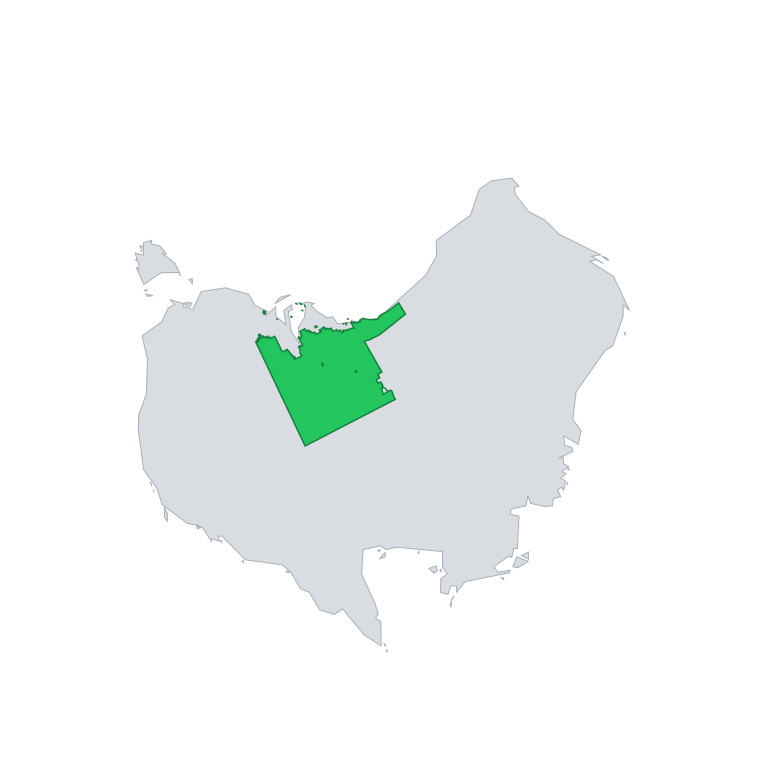 Unincorporated SA, South Australia, Australia (highlighted), rotated 152°
{"feature_id": "25037944B19571193858150", "entity_name": "Unincorporated SA", "entity_type": "district", "adm_level": 2, "iso_a3": "AUS", "parent_name": "Australia", "parent_adm1": "South Australia", "projection": "orthographic", "projection_center": [135.729, -30.866], "detail": "fine", "context": "in_parent", "style": "filled", "palette": "green", "viewbox_px": 768, "rotation_deg": 152, "n_neighbors": 0, "source": "geoboundaries", "source_scale": "gbopen_adm2", "svg_char_len": 9391}
<svg xmlns="http://www.w3.org/2000/svg" viewBox="0 0 768 768"><g transform="rotate(152 384 384)"><path d="M519.2,171.6L526.1,204.8L536.0,203.9L546.8,214.7L547.7,235.0L554.0,242.7L554.5,261.8L558.6,272.0L588.8,293.8L598.4,325.6L601.7,327.6L602.8,322.3L609.0,328.7L610.3,326.1L611.5,341.9L615.0,347.1L623.0,353.1L636.4,381.7L633.4,399.0L636.5,421.0L622.5,458.8L614.8,472.2L598.7,486.4L581.4,516.6L574.9,540.1L551.4,543.1L538.8,552.3L531.7,552.5L533.0,558.6L522.9,548.9L524.7,547.1L524.2,544.9L522.2,544.6L518.1,548.0L515.7,545.5L520.5,542.4L518.2,539.4L501.9,551.4L478.9,543.4L461.2,526.7L461.1,514.2L452.7,502.7L456.4,503.2L456.5,499.8L443.5,502.9L447.6,494.6L442.9,482.2L437.9,496.0L428.4,497.3L430.0,492.7L434.5,492.7L441.2,473.7L439.7,459.3L432.9,474.3L423.3,479.9L416.8,488.9L417.7,493.5L414.0,492.9L407.8,487.9L411.6,487.8L408.8,478.9L402.8,468.9L397.8,467.6L396.8,458.8L358.9,444.7L296.5,460.3L277.6,472.4L270.5,486.2L228.4,492.5L208.4,511.2L193.3,512.9L174.5,505.7L172.2,495.3L176.7,496.3L179.1,489.3L175.3,468.1L165.2,453.5L159.1,434.0L132.1,396.3L140.6,399.2L133.8,387.5L138.4,394.2L144.6,395.3L130.8,371.2L132.8,333.9L135.4,342.0L141.2,331.4L164.2,310.3L173.2,309.7L218.0,287.0L234.0,263.9L231.9,250.5L240.8,239.7L249.7,253.8L253.3,245.0L247.8,239.6L249.1,235.8L265.0,236.6L260.0,235.6L262.9,229.4L259.8,224.5L268.2,222.9L265.0,219.3L272.0,218.1L269.3,212.7L275.2,205.9L275.8,209.6L280.7,208.7L280.8,201.5L288.0,203.4L292.4,197.4L300.2,200.7L310.7,209.9L309.2,218.0L315.9,209.8L330.7,214.0L333.5,209.6L326.8,203.9L343.5,176.2L346.9,177.8L352.7,170.9L354.8,173.6L372.6,170.9L372.0,164.5L360.0,160.2L361.9,158.5L405.1,171.4L417.6,166.3L414.6,171.6L419.9,174.5L426.3,168.2L432.0,173.5L425.1,185.4L417.7,186.5L418.0,195.1L411.1,208.7L449.5,234.0L459.9,236.8L463.1,242.9L480.2,247.6L493.1,226.6L494.8,195.3L497.1,183.7L501.5,181.2L498.3,175.7L509.5,154.1L519.2,171.6ZM512.3,578.5L528.6,586.9L549.3,584.7L547.9,603.9L547.0,600.3L544.5,604.1L542.2,616.5L535.9,610.7L530.0,621.7L521.6,619.9L523.7,616.9L516.9,610.8L515.1,600.8L518.2,602.8L511.8,588.6L512.3,578.5ZM339.8,159.6L352.2,159.0L356.0,162.2L347.9,169.1L339.8,159.6ZM424.3,506.6L442.7,506.3L434.8,509.3L424.3,506.6ZM428.6,193.4L431.1,200.1L423.3,198.9L424.6,194.2L428.6,193.4ZM635.7,378.5L636.2,370.6L639.8,364.4L640.3,369.3L635.7,378.5ZM546.5,570.3L552.0,572.6L551.8,575.2L546.5,570.3ZM338.6,161.6L343.1,167.9L335.2,167.8L338.6,161.6ZM507.1,567.9L503.9,566.9L506.1,562.5L507.1,567.9ZM469.5,231.7L465.8,233.6L462.0,234.6L463.9,230.9L469.5,231.7ZM131.7,394.5L128.5,391.3L127.7,387.8L128.1,387.5L131.7,394.5ZM550.2,577.7L552.1,579.7L548.1,577.8L550.2,577.7ZM613.9,343.3L616.5,343.6L616.1,347.1L613.9,343.3ZM555.4,261.5L558.6,263.9L557.9,265.0L555.4,261.5ZM534.8,617.5L534.6,620.6L532.7,619.4L534.8,617.5ZM636.9,402.6L636.5,407.0L636.2,406.9L636.9,402.6ZM371.3,158.1L369.2,156.3L370.6,155.4L371.3,158.1ZM429.2,157.9L426.1,161.1L429.7,155.4L429.2,157.9ZM638.0,397.5L636.6,398.7L637.6,397.3L638.0,397.5ZM433.4,219.1L431.7,219.7L432.6,218.1L433.4,219.1ZM422.5,193.2L420.4,193.5L421.7,191.4L422.5,193.2ZM148.1,313.5L147.9,316.4L147.0,316.3L148.1,313.5ZM506.0,152.3L505.8,154.6L505.0,152.9L506.0,152.3ZM522.1,545.8L522.4,547.3L521.8,546.8L522.1,545.8ZM425.3,162.1L421.2,164.3L425.5,161.5L425.3,162.1ZM269.4,209.4L268.0,211.2L268.9,209.2L269.4,209.4ZM536.3,615.4L535.1,615.9L535.9,614.8L536.3,615.4ZM467.6,239.7L465.3,239.6L466.5,238.3L467.6,239.7ZM262.0,222.3L260.9,223.4L260.7,221.2L262.0,222.3ZM545.2,609.7L543.6,610.4L544.3,608.8L545.2,609.7ZM507.5,146.3L507.2,147.8L506.0,147.0L507.5,146.3ZM521.0,547.7L522.4,549.2L519.9,548.6L521.0,547.7ZM592.5,294.1L591.1,294.0L591.8,292.3L592.5,294.1ZM601.7,321.9L600.9,321.8L601.6,320.4L601.7,321.9ZM513.3,576.2L512.8,577.3L512.5,575.8L513.3,576.2Z" fill="#d9dde1" stroke="#a8b0b8" stroke-width="1"/><path d="M477.5,481.3L482.8,366.3L381.2,365.2L381.2,370.2L381.0,370.3L380.6,372.1L380.5,374.2L381.2,375.5L384.6,375.4L384.2,376.7L384.4,377.2L384.7,378.2L384.8,379.4L385.7,380.4L386.4,381.5L386.4,383.3L385.8,383.3L385.9,387.4L388.8,387.4L388.9,391.4L384.9,391.5L384.9,395.4L380.3,395.5L381.3,430.7L380.6,430.6L379.3,430.8L378.8,430.5L377.7,430.4L377.0,430.0L374.7,429.7L373.2,429.7L371.9,430.0L371.0,430.0L370.0,429.6L369.7,429.7L368.7,429.6L368.4,429.7L366.9,429.4L366.3,429.6L364.2,429.7L349.4,432.4L349.1,432.3L349.1,432.5L332.2,435.6L333.0,448.8L333.6,448.6L339.3,447.5L343.1,447.1L344.0,446.8L346.5,446.6L346.8,446.4L348.3,446.3L351.0,446.5L351.9,446.3L354.0,446.5L354.8,446.5L357.5,445.4L357.8,445.1L358.1,444.7L358.7,444.3L358.9,444.3L360.1,444.6L362.6,445.7L366.5,447.6L370.4,450.4L370.9,450.7L371.4,451.5L371.6,451.6L371.7,451.8L372.9,451.9L373.0,451.8L373.6,451.8L373.7,451.6L374.2,451.6L374.3,451.4L374.6,451.4L375.3,451.8L375.4,451.7L375.2,451.5L374.9,451.5L374.9,451.3L375.0,450.9L375.4,450.6L376.5,450.4L377.5,450.6L377.9,450.6L378.5,450.7L379.6,451.0L380.6,451.8L381.3,452.2L381.5,452.4L381.5,452.7L381.8,452.4L382.8,453.0L383.5,453.7L383.3,454.2L383.6,454.0L383.5,453.8L383.7,453.6L384.4,453.8L384.2,447.6L384.5,447.8L385.1,448.0L387.2,448.4L389.1,448.3L389.1,448.8L389.9,448.8L389.9,449.0L392.0,448.8L392.0,449.3L392.5,449.3L394.8,450.6L395.0,450.4L395.3,450.6L395.3,449.0L397.4,449.0L397.4,452.2L400.1,452.1L400.1,454.2L404.2,454.2L404.3,454.2L404.4,458.2L407.2,458.2L407.4,459.0L407.7,459.0L407.7,459.7L409.8,459.7L409.8,461.8L410.5,461.8L410.5,462.5L410.8,462.4L411.0,462.5L411.9,462.4L411.9,461.8L414.7,461.8L414.7,462.0L415.0,462.0L415.6,462.2L415.7,460.9L414.5,460.8L414.8,459.4L416.1,459.4L416.3,459.8L417.5,459.8L418.4,459.6L420.4,459.6L420.6,459.9L420.7,461.5L421.2,461.5L421.2,462.5L422.0,462.6L422.6,462.5L422.9,462.7L423.3,463.1L423.5,463.1L423.6,463.5L423.7,463.8L423.9,463.8L424.3,464.5L424.3,465.5L425.2,465.5L425.0,465.3L425.4,465.1L425.4,467.0L427.9,467.0L427.9,469.9L433.5,469.9L433.5,467.5L433.9,467.5L434.0,465.4L436.3,463.6L437.6,463.6L437.5,460.6L437.8,456.1L439.5,456.1L439.4,456.4L439.4,457.0L442.0,457.0L442.1,455.8L442.1,455.5L442.0,455.4L442.1,455.1L442.0,454.9L442.0,454.5L442.2,453.2L443.6,450.8L443.6,447.4L449.9,447.5L449.9,447.8L450.1,447.6L450.4,448.1L451.3,447.9L451.3,448.5L450.7,448.7L450.3,449.4L450.4,449.5L450.2,449.7L450.5,450.3L450.5,450.8L450.3,450.9L451.7,450.9L451.6,453.6L452.5,453.6L452.4,457.3L453.2,457.3L453.1,459.9L458.7,460.0L458.1,477.4L462.2,477.5L462.2,478.5L464.0,478.6L464.0,480.7L464.5,480.8L464.7,480.5L464.7,479.6L465.5,479.6L466.2,479.8L466.3,479.9L466.3,481.3L468.2,481.3L468.1,483.0L468.3,483.1L468.6,483.0L469.0,483.3L469.4,482.9L469.5,482.6L469.8,482.6L470.0,482.3L470.4,482.6L471.2,482.6L471.2,483.3L471.4,483.5L471.7,484.1L471.4,484.2L471.8,484.3L471.9,483.9L471.9,483.6L473.2,483.7L473.4,483.0L473.4,482.0L473.2,481.7L473.9,481.7L474.1,481.9L474.3,482.1L474.2,482.3L474.6,482.9L474.5,483.2L474.8,483.0L474.8,482.8L474.7,482.8L474.8,482.6L474.7,482.5L475.0,482.5L475.0,482.4L474.6,482.4L474.7,482.2L474.4,481.8L474.7,481.7L475.2,481.9L475.3,481.6L475.5,481.6L475.4,481.5L475.6,481.4L475.5,481.2L475.7,481.3L475.8,481.1L476.0,481.1L476.1,480.8L476.3,480.9L476.5,480.6L476.3,480.6L476.6,480.5L476.6,480.4L477.0,480.4L477.0,480.6L477.2,480.9L477.3,480.9L477.2,481.1L477.4,481.1L477.3,481.4L477.5,481.3ZM386.4,381.4L385.7,380.4L384.8,379.4L384.8,379.1L384.7,378.1L384.2,376.7L384.7,375.4L389.5,375.3L388.7,379.7L388.2,380.0L388.2,380.3L388.3,381.3L386.4,381.4ZM429.7,429.3L429.6,431.1L428.7,431.1L428.7,429.3L428.8,429.3L428.8,429.2L429.3,429.0L429.4,429.3L429.7,429.3ZM402.4,407.4L403.4,407.9L403.4,408.6L402.1,408.5L401.9,407.6L402.4,407.4ZM455.1,501.8L455.2,502.0L455.7,502.0L455.9,502.3L456.1,502.3L455.8,502.6L455.8,502.8L456.0,502.7L455.9,502.9L455.5,503.2L455.6,503.4L456.1,503.4L456.1,503.5L455.5,503.8L455.4,503.7L455.3,503.8L455.6,503.9L455.5,504.1L455.7,504.4L456.0,504.5L455.9,504.6L456.0,504.6L455.9,504.8L456.1,505.0L456.2,504.8L456.0,504.5L456.5,504.2L456.9,504.3L457.1,503.3L457.4,503.1L457.0,502.7L455.7,501.8L455.3,501.7L455.1,501.8ZM416.1,465.9L416.1,466.7L416.8,467.0L418.2,467.1L418.2,465.9L416.1,465.9ZM470.0,485.4L470.5,486.3L470.7,486.1L471.0,486.1L471.2,486.3L471.5,486.4L471.6,486.1L471.5,485.8L471.8,485.7L471.7,485.5L471.5,485.0L471.1,484.9L470.7,485.1L470.8,485.5L470.0,485.4ZM437.3,465.9L437.2,465.6L437.4,465.6L437.5,465.4L437.4,465.4L437.6,465.0L437.9,464.7L438.2,464.7L438.2,464.4L437.9,464.1L437.6,464.4L437.1,464.6L437.2,465.1L437.1,465.4L437.1,465.6L437.3,465.9ZM419.4,493.4L419.9,493.9L420.0,494.1L419.8,494.2L419.9,494.5L420.1,494.6L420.3,494.6L420.5,494.7L420.4,494.4L420.3,493.9L420.2,493.9L419.9,493.6L419.4,492.8L419.1,493.0L419.1,493.3L419.4,493.4ZM388.4,455.1L388.5,455.5L388.8,455.6L389.1,455.5L389.2,455.1L389.4,454.9L389.3,454.7L389.6,454.4L390.0,454.4L389.4,454.5L388.9,454.9L389.0,454.7L388.7,454.9L388.5,455.0L388.4,455.1ZM434.2,486.2L433.9,486.6L433.9,486.8L434.0,487.2L434.1,487.3L434.3,487.2L434.4,486.7L434.4,486.3L434.2,486.2ZM423.4,495.9L423.3,496.0L423.9,496.3L423.9,496.1L423.4,495.7L423.4,495.9ZM417.2,489.5L417.3,490.0L417.4,489.8L417.5,489.9L417.4,489.7L417.4,489.3L417.2,489.3L417.1,489.1L417.1,489.4L417.2,489.5ZM447.7,490.7L447.8,491.5L448.1,491.4L447.7,490.7ZM385.4,458.6L385.6,458.6L385.6,458.3L385.4,458.3L385.4,458.2L385.2,458.2L385.4,458.6ZM391.4,456.2L391.8,456.4L392.2,456.6L391.6,456.1L391.4,456.2ZM421.4,487.2L421.5,486.8L421.7,486.7L421.4,486.7L421.3,487.3L421.5,487.3L421.4,487.2Z" fill="#22c55e" stroke="#15803d" stroke-width="1.5"/></g></svg>